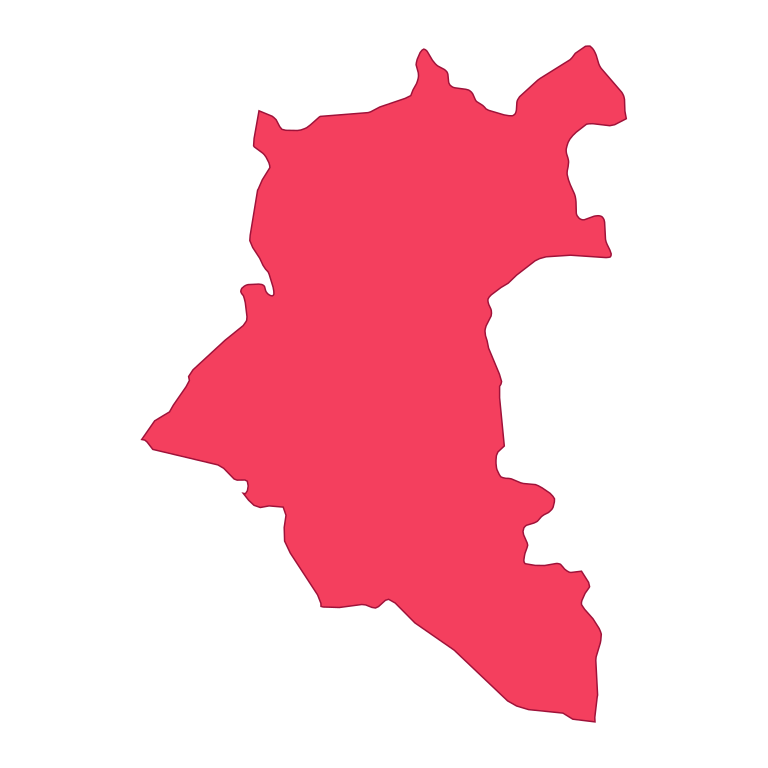 an SVG outline of Dar`a
{"feature_id": "SYR-146", "entity_name": "Dar`a", "entity_type": "Province", "adm_level": 1, "iso_a3": "SYR", "parent_name": "Syria", "parent_adm1": "", "projection": "orthographic", "projection_center": [36.277, 32.826], "detail": "fine", "context": "isolated", "style": "filled", "palette": "rose", "viewbox_px": 768, "rotation_deg": 0, "n_neighbors": 0, "source": "natural_earth", "source_scale": "10m", "svg_char_len": 4742}
<svg xmlns="http://www.w3.org/2000/svg" viewBox="0 0 768 768"><path d="M237.1,480.1L234.1,479.0L223.7,468.3L217.9,464.9L152.8,449.4L147.3,442.3L147.3,442.2L144.8,440.1L141.7,439.5L154.7,420.8L164.8,414.7L169.5,411.9L173.3,405.2L186.1,386.7L189.4,380.5L188.6,376.5L193.0,369.8L225.0,340.3L243.2,325.6L246.3,321.2L246.7,320.1L247.0,316.8L245.3,302.7L244.3,298.5L243.4,295.7L241.9,293.9L241.3,292.9L240.8,291.7L241.0,290.1L241.8,288.3L244.4,286.1L246.3,285.1L248.1,284.6L258.8,284.1L261.8,284.5L262.9,285.0L263.9,285.7L264.6,286.7L264.9,287.9L265.6,290.5L266.0,291.6L266.8,292.6L267.4,293.5L268.4,294.3L269.4,295.0L270.4,295.5L271.5,295.8L272.6,295.8L273.4,295.1L273.9,294.0L273.8,291.2L273.1,287.2L269.2,274.4L268.1,271.9L265.6,269.2L263.0,265.3L259.8,258.4L259.7,258.2L252.7,247.5L249.8,240.6L250.2,235.2L257.6,190.1L258.3,189.0L262.3,179.8L269.9,167.6L269.7,165.6L268.9,162.7L266.1,157.2L264.3,154.7L262.8,153.2L254.3,146.9L253.6,145.8L254.1,138.4L259.0,110.8L272.1,116.2L273.7,117.4L276.1,119.7L279.7,126.6L281.9,129.3L285.8,130.3L297.4,130.5L300.8,130.0L304.5,128.7L306.7,127.7L310.4,124.9L319.3,117.0L320.3,116.4L368.2,112.6L370.7,111.8L379.8,107.0L405.1,98.4L410.8,95.6L413.0,89.9L416.5,83.7L417.4,81.2L418.2,78.4L418.2,78.2L418.4,77.1L418.5,75.7L418.3,72.8L416.1,64.8L416.4,62.5L417.2,59.3L420.1,52.6L422.0,50.2L423.8,49.1L424.9,49.5L425.9,50.1L426.8,50.9L427.5,51.9L432.4,60.2L435.3,63.8L437.0,65.4L438.0,66.1L444.4,69.5L445.4,70.3L446.2,71.1L447.0,72.0L447.5,73.1L447.9,74.4L448.6,81.8L448.9,83.1L449.5,84.2L450.1,85.2L451.1,86.0L452.0,86.7L453.1,87.3L454.8,87.8L465.9,89.3L468.5,90.0L469.6,90.6L471.4,92.1L472.1,93.0L472.8,94.0L475.3,99.7L475.9,100.7L476.7,101.6L482.7,105.4L484.5,107.1L486.0,108.9L488.6,110.3L504.1,114.9L508.9,115.7L512.2,115.8L513.3,115.4L514.7,114.3L515.2,113.7L515.7,112.7L516.1,111.4L516.4,110.0L516.9,102.2L517.2,100.9L517.7,99.7L519.6,96.7L537.8,80.1L540.2,78.4L540.3,78.3L570.1,59.7L572.1,57.6L575.3,53.3L585.4,46.3L587.5,46.1L590.0,46.1L592.1,48.0L593.2,49.3L594.1,50.7L595.2,52.9L596.2,55.2L598.8,64.0L599.8,66.2L601.1,68.3L621.6,92.1L622.4,93.3L623.5,95.5L623.9,96.7L624.2,98.0L624.5,99.4L624.9,111.1L626.3,118.7L614.7,124.7L609.8,125.7L592.9,123.7L589.0,123.8L586.5,124.2L576.2,132.2L572.8,135.5L569.9,139.1L568.1,142.4L567.0,145.8L566.2,149.1L566.2,151.1L566.4,152.9L566.7,154.2L567.9,157.9L568.5,160.6L568.6,162.2L568.1,166.7L567.3,170.6L567.1,172.9L567.2,174.7L568.5,179.9L570.3,184.8L574.4,193.8L575.2,196.3L575.7,199.1L576.0,202.0L576.3,213.2L576.6,214.5L577.1,215.7L578.6,217.6L579.3,218.4L580.3,219.0L581.4,219.5L582.6,219.8L583.6,219.8L584.5,219.7L593.8,216.3L595.1,216.0L598.0,215.7L599.4,215.8L600.9,216.2L601.9,216.7L602.7,217.5L603.4,218.5L604.0,219.6L604.6,222.1L605.5,239.3L605.8,240.6L606.1,241.9L607.1,244.4L609.9,250.1L611.2,253.9L611.0,255.7L610.3,256.9L609.0,257.3L606.1,257.6L570.5,255.2L546.1,256.8L539.6,258.6L535.1,260.8L516.6,275.1L508.2,283.2L501.0,287.5L491.3,294.8L489.2,297.0L488.0,299.1L487.9,300.6L488.1,302.1L488.8,304.6L490.4,308.0L490.9,309.1L491.3,310.5L491.4,311.8L491.5,313.3L491.3,314.6L491.1,316.0L486.1,325.9L485.4,328.4L485.1,329.8L485.0,331.3L485.5,335.7L487.1,340.8L488.6,348.2L499.4,374.1L501.6,381.6L501.0,384.0L500.7,384.6L499.6,386.3L499.6,397.8L504.3,446.0L497.9,452.0L496.4,455.6L496.0,460.2L496.0,463.4L496.5,467.8L496.9,469.5L497.8,471.5L499.3,474.6L500.3,476.1L501.1,477.0L503.0,477.7L505.7,478.3L508.6,478.4L510.0,478.6L511.4,478.9L520.7,482.8L523.4,483.5L535.5,484.6L538.4,485.8L542.2,487.9L550.1,493.3L552.9,496.3L554.5,498.8L554.4,501.9L553.1,507.2L552.5,508.3L551.9,509.3L550.2,511.0L548.5,512.5L544.1,514.7L542.1,516.1L541.2,516.9L538.1,520.5L537.3,521.3L536.3,521.9L534.0,523.0L526.4,525.3L525.2,526.3L523.9,527.8L523.0,531.5L523.6,534.8L527.2,543.0L527.7,545.2L527.0,547.8L525.0,553.3L524.5,555.7L523.8,560.3L524.2,562.4L525.2,563.7L535.2,565.4L544.7,565.5L556.2,563.5L557.6,563.5L559.1,563.8L560.5,564.3L563.0,567.1L564.5,569.0L566.8,570.8L568.9,572.0L570.1,572.4L571.6,572.4L581.5,571.2L588.6,582.4L589.6,586.7L589.0,587.8L585.1,593.3L581.9,600.5L581.4,602.9L581.6,604.8L584.6,609.3L593.0,618.8L599.1,628.4L600.5,631.6L601.3,634.2L600.8,640.3L600.3,643.0L596.1,657.0L595.8,660.3L597.6,695.1L597.2,697.0L594.8,717.5L595.0,721.7L595.0,721.9L572.8,719.2L562.9,713.1L528.6,709.6L516.6,706.0L507.6,700.9L454.1,650.1L414.9,622.9L395.2,603.0L388.6,599.3L385.4,600.3L378.5,606.6L375.5,608.0L371.9,607.4L365.6,604.9L361.8,604.5L339.3,607.5L330.6,607.2L323.2,607.0L321.0,606.4L320.9,603.3L317.6,594.9L290.3,553.1L284.6,541.1L284.2,527.5L286.0,515.3L283.2,507.1L269.1,505.9L260.3,507.5L254.0,505.3L248.6,500.2L243.2,493.3L245.4,493.7L247.4,490.7L248.2,486.0L247.3,481.2L244.9,480.0L237.1,480.1Z" fill="#f43f5e" stroke="#9f1239" stroke-width="1.5"/></svg>